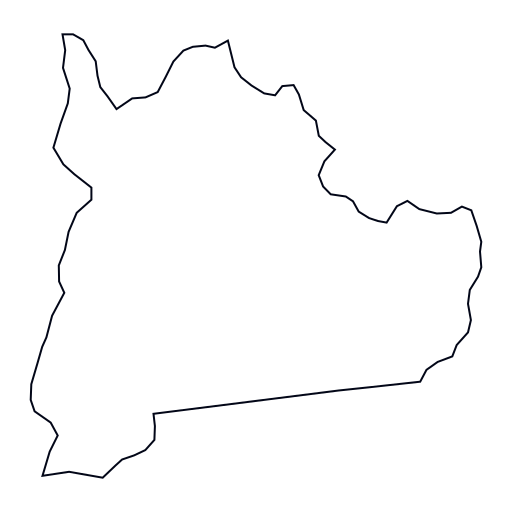 the district of Itaguari, Goiás, Brazil
{"feature_id": "56859067B11030704466933", "entity_name": "Itaguari", "entity_type": "district", "adm_level": 2, "iso_a3": "BRA", "parent_name": "Brazil", "parent_adm1": "Goiás", "projection": "mercator", "projection_center": [-49.628, -15.936], "detail": "fine", "context": "isolated", "style": "outline", "palette": "ink", "viewbox_px": 512, "rotation_deg": 0, "n_neighbors": 0, "source": "geoboundaries", "source_scale": "gbopen_adm2", "svg_char_len": 1287}
<svg xmlns="http://www.w3.org/2000/svg" viewBox="0 0 512 512"><path d="M42.5,475.8L69.1,471.8L102.7,477.7L115.6,465.4L122.1,459.5L134.1,455.4L145.3,450.1L154.4,439.9L154.9,426.1L153.5,413.8L338.6,390.5L370.9,387.1L420.2,381.7L426.5,369.8L437.7,361.9L452.3,356.4L456.7,345.0L468.0,332.4L470.9,320.1L468.0,303.8L469.8,289.9L478.0,276.7L481.3,267.3L480.0,251.5L481.3,241.8L476.7,226.0L471.3,210.3L461.9,206.6L451.0,212.8L436.8,213.5L419.3,209.1L407.4,200.9L396.9,206.2L386.6,222.6L377.9,221.0L369.1,218.1L358.7,211.6L353.0,201.3L345.8,196.5L330.7,194.3L323.1,186.5L318.7,175.2L324.4,161.3L334.9,149.6L325.5,142.1L318.8,135.8L315.9,120.6L303.7,110.1L298.9,94.5L293.6,85.1L282.3,86.1L275.1,95.3L264.2,93.4L251.5,85.5L241.1,77.3L234.5,67.3L227.9,40.6L214.9,47.7L205.5,45.6L192.8,46.8L183.4,50.6L173.4,61.5L165.8,76.7L157.7,92.1L145.5,97.4L132.2,98.4L116.5,109.1L107.5,96.3L100.3,87.1L97.5,75.7L95.7,61.3L88.5,50.0L83.3,40.2L73.0,34.3L62.5,34.3L65.2,50.2L63.0,67.9L69.7,88.6L67.8,103.4L60.6,123.5L53.4,147.7L63.4,164.4L74.3,174.2L91.4,187.6L91.4,199.7L76.7,212.8L68.6,231.8L64.9,250.0L58.8,265.4L59.1,281.5L64.3,292.8L52.1,315.7L46.4,337.4L42.2,346.8L37.4,363.5L31.3,384.2L30.7,399.9L34.6,411.3L50.7,422.6L57.7,435.5L49.7,451.6L42.5,475.8Z" fill="none" stroke="#020617" stroke-width="2"/></svg>